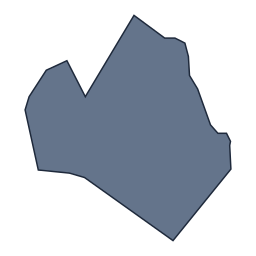 the border of Vransko, rotated 90°
{"feature_id": "SVN-241", "entity_name": "Vransko", "entity_type": "Municipality", "adm_level": 1, "iso_a3": "SVN", "parent_name": "Slovenia", "parent_adm1": "", "projection": "robinson", "projection_center": [14.936, 46.238], "detail": "fine", "context": "isolated", "style": "filled", "palette": "slate", "viewbox_px": 256, "rotation_deg": 90, "n_neighbors": 0, "source": "natural_earth", "source_scale": "10m", "svg_char_len": 421}
<svg xmlns="http://www.w3.org/2000/svg" viewBox="0 0 256 256"><g transform="rotate(90 128 128)"><path d="M60.7,189.1L96.7,170.7L15.4,122.0L38.1,91.3L38.1,81.0L43.1,71.1L56.5,67.6L75.5,66.5L88.9,58.4L124.9,45.5L133.3,38.1L133.3,29.5L141.4,25.5L145.4,26.3L169.1,25.1L240.6,83.0L177.5,171.5L173.1,186.6L170.0,217.7L109.9,230.9L96.7,226.9L70.2,209.7L60.7,189.1Z" fill="#64748b" stroke="#1e293b" stroke-width="1.5"/></g></svg>